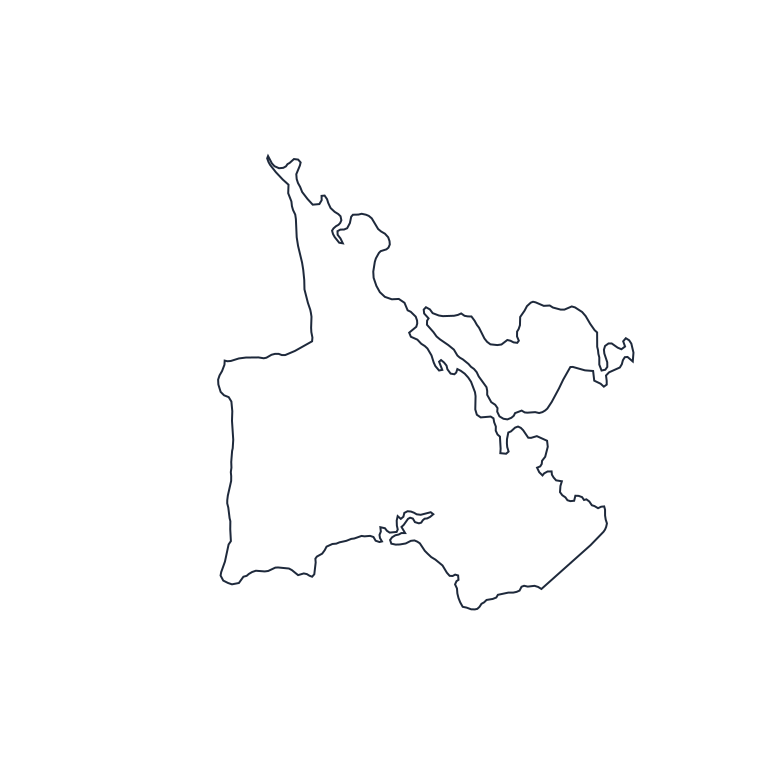 Kisauni, Coast, Kenya, rotated 151°
{"feature_id": "3690345B29559403317261", "entity_name": "Kisauni", "entity_type": "district", "adm_level": 2, "iso_a3": "KEN", "parent_name": "Kenya", "parent_adm1": "Coast", "projection": "equal_earth", "projection_center": [39.676, -3.982], "detail": "fine", "context": "isolated", "style": "outline", "palette": "slate", "viewbox_px": 768, "rotation_deg": 151, "n_neighbors": 0, "source": "geoboundaries", "source_scale": "gbopen_adm2", "svg_char_len": 6167}
<svg xmlns="http://www.w3.org/2000/svg" viewBox="0 0 768 768"><g transform="rotate(151 384 384)"><path d="M347.6,131.8L345.7,128.4L281.5,142.9L263.7,148.3L261.3,149.5L259.0,151.3L256.6,154.0L255.8,158.0L254.4,161.8L251.6,166.9L250.8,170.2L253.6,171.4L257.0,171.6L259.1,175.2L261.0,177.2L261.4,181.7L262.9,185.0L265.3,185.6L265.6,189.0L268.0,191.8L270.8,193.5L274.3,189.7L277.8,191.2L279.9,193.4L280.3,196.9L282.0,200.3L282.5,204.1L279.1,209.3L275.6,212.7L280.2,216.3L281.0,220.0L281.1,223.3L279.8,226.3L283.4,228.2L287.3,228.2L289.7,227.2L291.0,231.6L290.7,236.6L287.3,236.2L284.8,237.6L283.0,240.2L278.3,242.2L271.2,249.7L268.9,255.3L275.6,264.3L281.5,265.6L283.9,267.1L284.7,276.1L285.6,279.3L287.4,281.8L290.5,282.3L295.9,281.0L298.8,281.3L303.2,276.1L305.3,272.5L306.8,269.1L307.8,264.5L311.0,263.8L315.8,267.1L313.4,270.8L308.1,281.8L309.2,284.8L308.9,289.0L306.8,292.6L306.2,297.1L304.9,300.9L306.5,303.8L315.6,307.9L317.7,312.1L316.5,317.5L309.8,329.0L308.4,332.7L306.8,343.7L307.2,348.8L308.4,353.9L310.5,358.4L312.6,361.5L315.3,359.0L317.7,358.4L320.7,360.8L321.4,366.1L320.4,369.8L321.1,373.8L322.5,377.3L325.0,376.8L326.2,368.1L329.3,369.1L330.4,374.8L330.1,378.7L328.6,386.0L328.8,394.0L329.9,397.4L331.9,401.1L333.3,406.6L337.6,412.3L337.1,416.7L328.0,418.4L325.6,420.8L324.3,423.5L323.6,427.5L325.6,434.2L327.6,437.0L326.7,445.1L329.8,451.2L336.1,454.3L341.0,459.8L343.1,466.3L343.1,473.5L341.6,481.9L338.9,487.5L332.8,495.3L330.2,497.8L324.9,501.1L322.5,501.8L316.6,500.6L314.0,501.1L311.3,503.2L309.9,506.3L309.2,510.3L310.3,515.0L312.6,518.8L314.0,522.4L314.4,534.8L315.8,538.4L317.7,540.8L321.0,543.7L324.3,544.6L329.1,547.1L331.6,546.2L335.8,541.3L340.7,538.1L344.1,538.5L347.3,540.2L350.6,540.2L352.2,537.0L351.5,532.4L351.8,527.0L354.7,529.3L355.9,536.4L355.9,539.8L355.1,543.3L352.7,544.6L349.4,545.3L346.6,545.3L344.2,546.1L341.9,547.9L340.7,551.8L341.6,554.8L343.7,558.5L345.4,563.8L345.0,569.4L344.2,573.2L344.6,577.6L347.4,578.8L349.4,575.0L353.3,572.7L359.4,575.4L361.2,582.9L362.5,591.6L361.8,597.0L361.8,601.5L361.0,605.6L359.0,610.0L351.6,615.9L349.5,618.2L350.3,621.9L353.7,624.4L359.4,623.1L361.8,623.1L364.2,621.9L367.3,621.9L371.2,623.6L374.2,627.6L375.1,631.3L374.9,639.6L376.8,638.0L377.4,634.1L377.4,630.9L375.9,621.7L373.4,611.8L370.9,604.6L375.3,597.3L376.5,588.5L378.3,584.2L379.2,580.3L379.5,575.2L381.1,571.0L389.2,554.7L392.2,546.5L396.8,529.9L399.3,523.0L403.4,513.5L407.7,505.3L411.2,491.9L412.5,484.7L413.4,481.8L414.8,478.0L420.5,468.5L422.4,464.6L424.1,459.3L426.2,456.2L445.9,456.1L456.3,457.2L459.3,458.8L461.5,461.4L464.7,463.2L468.2,464.1L474.1,464.0L476.7,464.8L480.9,468.1L492.0,474.1L498.5,476.7L506.8,478.4L509.9,479.8L512.0,481.7L514.2,478.2L519.4,473.8L523.6,471.3L527.0,468.2L529.1,463.9L530.7,456.3L529.4,451.7L526.2,447.8L526.0,442.6L529.9,433.7L534.8,425.5L542.9,408.3L547.5,401.1L549.3,399.1L555.4,389.9L558.0,384.8L560.7,381.2L562.3,377.5L564.7,373.3L574.7,362.1L577.4,358.4L579.0,355.6L580.1,351.4L584.1,341.5L584.9,338.5L588.9,331.5L594.1,320.8L597.7,319.0L609.2,305.8L617.6,298.4L619.8,295.7L619.9,290.0L616.9,285.6L614.1,282.5L607.4,280.3L600.4,283.6L597.1,282.8L594.3,283.4L590.5,283.5L586.6,282.8L579.2,277.9L575.9,276.6L568.1,276.1L565.6,274.9L556.6,268.7L554.8,265.9L551.8,258.5L546.0,257.2L543.6,255.1L542.1,252.4L540.3,250.3L537.2,251.4L530.3,261.0L528.7,264.5L526.4,265.6L520.3,265.6L516.4,267.4L513.1,269.6L506.7,269.1L503.1,267.5L499.7,267.1L493.0,265.1L487.7,264.4L484.9,263.3L477.3,262.0L474.9,260.2L469.8,257.9L467.4,255.3L467.3,251.0L464.6,248.0L462.1,247.3L462.2,251.2L461.1,254.2L458.3,256.5L456.6,260.5L453.1,257.4L452.6,254.2L451.1,251.3L444.7,248.5L442.5,250.1L441.4,253.9L439.1,258.4L436.1,261.8L434.7,257.9L431.4,258.5L428.7,261.4L425.1,261.3L422.3,259.4L420.2,256.9L418.6,254.2L415.3,251.8L405.3,249.2L404.0,246.2L408.1,245.4L411.4,245.5L413.8,246.5L416.2,246.0L418.6,244.7L421.0,245.2L423.9,248.2L424.0,252.3L426.0,254.4L428.4,254.4L435.1,251.2L438.0,250.5L437.8,243.4L441.1,245.2L444.1,245.2L447.4,246.2L451.3,246.0L454.3,244.6L455.0,240.8L451.7,237.9L448.0,236.0L442.3,234.0L436.5,233.8L433.2,232.4L431.4,230.1L429.9,227.3L429.2,218.3L428.1,214.4L426.6,209.7L424.2,205.5L420.8,196.9L420.5,188.5L419.6,184.4L417.0,182.8L414.2,182.8L412.0,180.6L413.8,176.6L416.2,176.4L419.0,174.3L419.3,169.8L421.4,165.2L422.6,160.7L423.2,156.1L423.2,151.0L420.2,148.4L417.0,144.7L413.8,142.8L411.4,142.1L408.5,142.8L405.3,144.5L402.3,144.5L399.0,145.4L393.1,143.3L389.3,142.8L386.6,144.4L376.5,141.3L372.1,138.9L368.8,137.9L365.6,137.6L362.0,140.0L359.3,139.6L356.5,137.1L350.2,134.5L347.6,131.8ZM150.6,290.5L148.1,299.4L148.4,303.4L150.3,306.8L154.1,305.4L155.0,299.9L159.5,299.3L162.0,302.5L165.2,309.1L168.0,310.6L172.2,310.1L175.0,307.4L176.5,303.9L178.2,294.8L180.4,290.7L183.5,289.2L187.2,290.3L186.3,296.6L182.8,302.9L181.9,306.4L180.4,309.9L179.5,313.2L172.6,325.8L173.7,329.0L174.5,336.7L174.7,345.6L175.8,350.9L179.8,358.4L182.2,360.8L190.1,361.6L193.5,363.5L199.2,369.0L201.0,372.3L206.4,374.9L211.8,381.9L213.8,383.7L216.2,384.0L221.2,382.8L225.5,380.0L232.4,376.6L236.6,369.5L239.7,366.7L242.2,365.3L244.6,361.1L245.1,356.5L247.5,355.4L250.5,357.6L252.4,360.5L254.8,362.7L262.1,361.6L266.0,363.1L271.7,367.1L273.4,370.9L274.1,375.1L273.6,387.2L274.1,390.7L274.1,395.4L274.8,400.7L277.8,402.4L280.5,404.6L282.3,408.3L285.9,408.6L289.6,409.7L299.6,414.8L302.8,417.3L307.1,422.4L307.7,427.0L310.1,430.8L313.2,429.8L314.7,426.2L313.2,419.8L315.6,418.5L317.7,415.0L315.6,405.4L315.0,400.1L313.4,395.9L308.9,386.9L306.2,380.2L306.0,373.3L304.9,370.3L303.1,367.3L300.4,360.6L299.6,356.9L298.0,353.5L297.2,349.4L297.5,344.7L295.9,331.5L297.1,327.9L299.0,324.5L299.0,316.1L296.8,311.9L296.4,307.9L298.4,304.9L298.7,299.7L296.4,295.7L293.2,293.2L289.0,292.7L285.9,293.3L283.5,295.0L276.5,294.0L274.7,290.9L272.5,289.4L265.4,286.1L262.4,283.4L259.1,282.6L255.9,282.7L253.1,283.3L246.0,287.0L233.1,295.3L225.2,300.9L212.8,308.5L210.6,307.4L201.6,298.5L194.8,294.0L198.5,285.0L194.4,279.2L193.0,275.1L189.5,275.5L187.7,278.8L185.7,283.8L181.5,285.1L169.7,284.1L166.4,286.0L163.5,289.0L160.4,290.7L157.9,289.6L155.5,283.1L150.6,290.5Z" fill="none" stroke="#1e293b" stroke-width="2"/></g></svg>